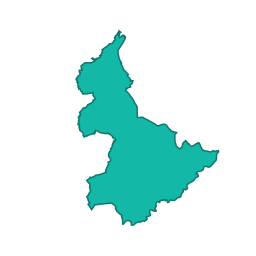 outline of Pho Thong, Ang Thong, Thailand, rotated 63°
{"feature_id": "78962969B68312342882015", "entity_name": "Pho Thong", "entity_type": "district", "adm_level": 2, "iso_a3": "THA", "parent_name": "Thailand", "parent_adm1": "Ang Thong", "projection": "natural_earth1", "projection_center": [100.339, 14.681], "detail": "fine", "context": "isolated", "style": "filled", "palette": "teal", "viewbox_px": 256, "rotation_deg": 63, "n_neighbors": 0, "source": "geoboundaries", "source_scale": "gbopen_adm2", "svg_char_len": 5838}
<svg xmlns="http://www.w3.org/2000/svg" viewBox="0 0 256 256"><g transform="rotate(63 128 128)"><path d="M202.0,86.9L201.5,87.1L201.0,86.8L200.5,87.3L200.2,87.3L199.6,88.1L199.3,87.6L199.0,86.7L198.4,86.2L199.5,82.6L199.4,80.4L199.0,79.5L197.5,78.5L197.2,77.8L197.1,76.8L197.5,75.9L198.9,74.7L199.4,74.1L199.7,73.2L199.7,72.4L199.5,71.2L196.5,63.8L196.0,63.4L193.2,61.9L191.6,60.7L191.0,60.0L190.4,58.2L189.9,57.9L189.2,57.8L188.9,59.0L188.6,59.3L188.5,61.0L186.8,62.5L187.1,64.2L186.8,65.3L182.6,70.6L182.0,70.8L181.9,71.3L181.4,71.7L179.3,71.5L177.6,71.8L176.1,71.4L173.9,71.4L173.9,71.7L173.6,71.7L173.6,72.3L173.0,72.4L173.0,75.0L173.2,75.8L173.4,77.5L173.3,79.5L172.5,80.4L169.5,81.0L169.6,81.7L167.5,81.8L165.3,82.4L165.8,83.3L166.0,84.8L166.7,86.3L168.7,87.7L169.4,88.6L170.0,90.4L169.9,91.7L165.8,93.3L164.2,92.7L161.6,92.4L155.1,89.3L154.9,89.0L154.5,87.0L154.1,86.7L154.0,87.0L152.2,89.0L150.1,91.0L148.7,91.1L147.1,91.9L143.3,92.4L142.4,92.8L141.5,93.4L141.1,94.0L140.3,96.0L139.9,99.7L139.8,100.1L139.3,100.7L138.5,101.4L136.8,102.1L128.8,107.5L127.4,108.7L125.4,109.9L124.8,110.4L124.2,112.2L122.9,114.9L113.1,110.2L108.3,110.7L106.1,110.5L103.3,110.7L100.7,111.3L98.4,111.5L93.1,113.1L92.6,111.2L91.9,111.5L92.6,107.0L90.5,106.8L90.4,104.9L90.3,104.4L89.7,103.5L88.6,102.8L88.1,102.2L87.0,104.4L86.4,103.8L85.7,103.7L81.0,105.0L80.6,103.4L75.3,104.9L75.0,105.4L67.3,105.0L67.3,104.3L66.7,104.1L66.4,104.1L66.4,104.5L61.6,104.3L56.1,102.6L54.4,101.7L53.5,100.5L49.7,93.7L47.1,90.1L46.8,89.7L46.1,89.6L46.0,89.1L45.4,89.1L45.3,89.5L44.3,89.3L44.4,90.4L43.0,90.3L43.7,94.6L41.8,94.5L41.3,93.3L40.9,93.0L39.9,93.1L39.5,92.2L39.4,91.0L37.4,91.8L38.7,93.6L39.0,94.6L39.7,94.4L40.2,96.5L40.1,97.4L40.7,97.8L41.6,99.2L42.1,99.3L43.1,99.1L43.4,99.2L43.7,99.7L43.8,100.9L44.8,102.3L45.2,102.9L45.2,105.3L44.5,106.3L45.3,107.7L46.5,115.5L47.5,115.4L47.9,116.2L49.0,116.7L49.1,117.2L49.7,117.1L50.1,118.6L50.7,119.5L50.9,119.4L50.7,120.3L51.7,120.4L51.8,120.8L52.3,120.7L52.2,121.3L52.4,122.6L52.2,122.7L51.9,124.0L52.3,124.1L52.3,124.7L51.7,124.8L51.8,126.1L52.0,126.1L52.1,127.1L50.9,127.1L49.5,127.6L49.7,128.8L53.1,126.7L53.1,127.3L53.4,130.0L53.3,130.9L50.4,136.8L51.4,141.7L52.3,142.0L54.2,142.5L54.2,142.2L54.7,142.2L55.5,142.5L54.5,145.3L56.3,145.9L56.8,145.3L57.4,146.1L58.9,146.6L59.0,146.9L58.9,148.2L59.1,149.0L59.6,149.0L59.8,150.5L60.8,150.6L60.9,151.0L60.7,151.0L60.7,151.7L61.3,151.7L61.5,152.3L62.3,151.9L63.6,151.7L64.0,152.7L65.0,152.1L65.5,152.5L66.9,152.9L67.0,153.1L67.9,153.0L68.2,153.2L68.3,153.6L68.9,153.8L69.0,153.5L70.0,153.8L70.0,154.0L71.0,154.1L71.2,153.1L73.1,153.3L74.3,153.1L74.7,152.5L75.2,152.8L77.0,152.8L77.1,152.5L77.3,152.6L78.9,149.0L80.5,143.8L80.6,143.0L82.8,144.3L87.5,143.9L87.4,146.5L87.7,146.6L88.1,147.0L88.2,146.9L88.8,147.2L88.7,147.8L89.0,148.5L89.1,150.4L88.9,151.6L89.4,152.3L89.0,153.3L89.9,154.4L90.3,156.0L90.9,157.2L90.1,157.9L89.9,158.9L90.4,159.6L91.5,162.1L91.9,163.2L92.0,164.1L93.0,164.1L93.2,163.9L94.3,164.3L94.7,165.5L95.5,165.0L95.8,165.8L95.8,167.4L98.0,167.8L99.0,168.2L99.3,168.5L99.2,168.8L99.9,169.0L101.8,170.7L102.1,170.3L102.4,170.7L103.0,169.7L104.5,170.7L104.5,170.9L105.3,171.3L106.0,171.5L106.1,171.1L108.4,172.0L108.7,171.5L109.5,171.4L110.7,170.8L110.9,170.6L112.1,170.3L113.3,170.6L113.4,170.9L113.9,171.2L115.9,171.3L116.2,170.9L115.8,170.5L116.6,168.3L116.1,167.9L116.8,164.4L117.0,162.5L118.0,160.6L116.7,159.8L117.2,159.3L115.7,158.5L115.3,158.2L117.2,156.3L119.1,155.2L120.0,154.4L121.8,151.8L122.5,151.0L123.0,150.1L123.6,148.0L124.4,148.1L124.8,147.0L125.2,147.1L129.0,145.4L129.8,146.0L130.8,144.7L131.0,144.9L131.8,144.4L132.3,144.5L132.7,144.1L134.2,146.2L133.0,146.4L136.1,149.9L136.5,149.7L137.8,151.0L138.3,151.8L138.3,152.8L140.2,153.5L140.6,155.1L142.0,156.8L143.6,157.8L144.4,158.1L145.7,158.0L146.2,157.6L148.8,158.1L149.5,158.7L149.5,161.3L151.1,161.5L155.4,166.8L155.9,167.0L156.0,167.3L157.5,167.6L156.9,173.2L156.1,176.5L155.6,177.7L155.5,179.2L155.8,179.6L155.9,180.9L155.6,181.6L155.7,182.8L155.3,183.6L154.7,184.1L155.2,184.8L155.6,185.8L155.9,188.5L157.6,188.4L158.4,188.0L158.7,188.2L160.1,187.5L161.9,188.0L163.5,189.2L166.8,189.8L167.8,190.7L167.9,191.3L169.7,193.9L170.1,194.1L170.1,194.7L170.4,195.3L170.5,195.9L172.9,195.9L175.3,196.5L177.4,196.2L177.5,197.3L177.7,197.5L177.8,198.2L184.2,197.5L182.7,194.4L181.6,193.1L181.6,192.1L182.4,189.6L187.3,176.8L191.3,174.8L194.0,175.1L194.1,175.7L197.3,175.7L201.0,174.3L202.1,173.7L202.1,173.2L203.4,173.1L203.7,173.2L203.9,173.9L207.2,174.5L211.3,176.3L211.5,175.7L211.4,175.2L210.9,174.3L210.1,172.5L210.1,170.9L210.5,169.6L212.6,168.0L214.2,168.3L216.1,169.0L216.5,168.4L216.7,167.6L216.9,166.3L216.2,164.5L216.4,161.3L216.6,160.9L217.4,160.1L217.5,156.7L217.9,156.2L218.6,155.8L218.5,154.2L217.8,152.4L217.4,152.0L216.1,152.5L215.6,152.5L215.6,151.2L216.1,149.0L216.1,147.8L215.7,147.4L214.9,147.2L212.2,146.9L211.6,145.9L211.2,145.6L211.3,144.7L211.5,144.3L211.9,143.9L212.6,143.9L213.0,143.4L214.4,141.8L214.7,140.6L214.3,140.4L213.7,140.4L212.3,140.8L211.8,140.7L210.7,138.5L210.3,138.2L208.6,138.0L207.5,136.8L207.0,135.7L207.1,135.0L207.4,134.3L208.4,134.2L208.6,133.4L207.1,132.3L208.4,129.5L207.9,129.0L208.3,128.0L208.7,128.0L208.9,127.6L209.7,127.8L209.5,126.8L209.8,126.1L210.7,125.9L211.8,126.6L212.3,126.4L212.6,125.7L212.2,124.7L211.8,123.9L211.4,123.6L211.4,123.4L211.5,122.6L212.5,121.6L212.7,121.1L213.1,120.6L213.5,119.3L213.4,117.9L212.5,115.4L213.2,113.9L213.2,112.2L211.7,110.9L210.7,109.7L209.8,107.6L209.4,107.4L208.6,107.5L208.2,107.1L208.0,106.4L208.0,105.7L208.3,105.4L209.1,105.1L209.3,104.7L209.0,102.8L208.5,102.2L207.8,102.4L207.2,102.3L205.9,101.5L205.6,101.2L205.0,99.4L204.8,96.7L204.9,95.9L204.9,95.3L204.6,95.2L204.8,93.5L203.2,90.8L203.0,90.1L203.2,88.8L202.9,87.2L202.0,86.9Z" fill="#14b8a6" stroke="#0f766e" stroke-width="1.5"/></g></svg>